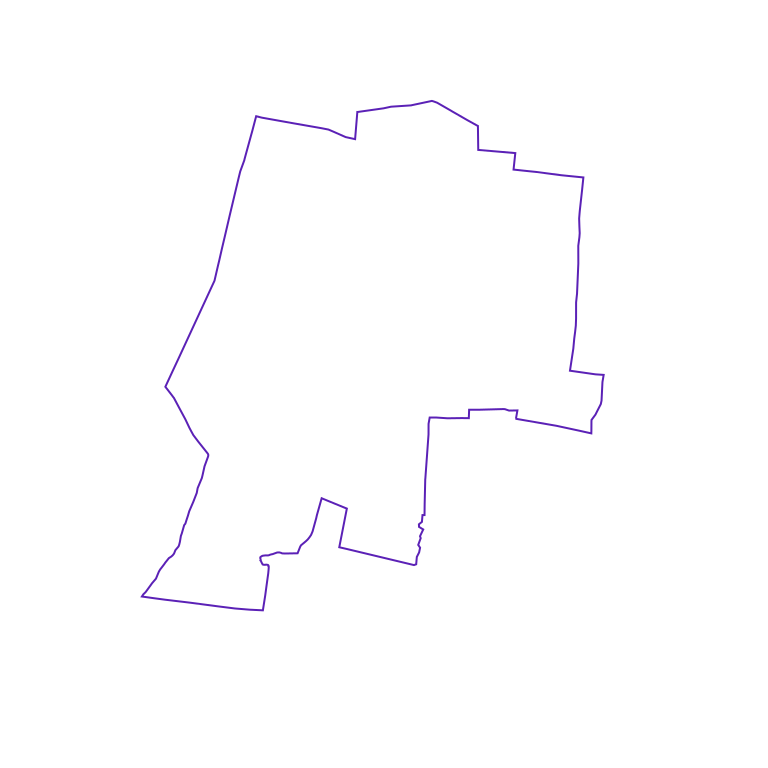 outline of Smulti, Galati, Romania, rotated 20°
{"feature_id": "2599482B3496454590613", "entity_name": "Smulti", "entity_type": "district", "adm_level": 2, "iso_a3": "ROU", "parent_name": "Romania", "parent_adm1": "Galati", "projection": "mercator", "projection_center": [27.744, 45.908], "detail": "fine", "context": "isolated", "style": "outline", "palette": "violet", "viewbox_px": 768, "rotation_deg": 20, "n_neighbors": 0, "source": "geoboundaries", "source_scale": "gbopen_adm2", "svg_char_len": 3009}
<svg xmlns="http://www.w3.org/2000/svg" viewBox="0 0 768 768"><g transform="rotate(20 384 384)"><path d="M229.2,666.5L240.5,664.1L251.9,661.6L276.2,655.9L304.6,649.6L320.8,645.9L335.0,642.0L347.6,638.1L344.7,623.3L342.9,615.1L340.0,601.6L338.9,597.4L338.2,595.1L337.6,594.7L337.6,594.2L337.2,593.9L336.8,593.7L335.7,593.9L334.9,594.1L334.1,594.6L333.5,594.8L332.9,595.0L332.3,595.0L331.7,595.1L329.8,593.4L329.3,592.8L329.0,592.5L328.6,592.3L328.3,592.1L328.4,591.9L328.4,591.7L328.2,591.3L327.2,589.8L327.1,589.3L327.1,588.9L327.9,587.7L328.7,586.9L330.8,585.8L331.6,585.5L333.0,585.0L333.7,584.7L334.5,584.2L335.3,583.4L336.9,582.3L337.5,582.0L338.3,581.3L341.2,578.9L343.1,578.1L344.8,577.9L346.2,578.0L348.8,577.2L360.0,572.9L360.7,572.6L360.9,565.4L361.2,563.9L364.3,558.6L365.5,556.2L366.4,553.5L367.1,550.8L367.3,546.9L366.2,533.3L365.8,530.2L364.5,512.7L391.7,513.8L397.8,552.7L405.9,551.7L474.1,543.9L475.9,542.4L474.0,535.3L474.6,530.2L473.9,525.5L471.2,523.5L471.2,516.3L469.9,514.7L470.6,507.3L465.8,506.3L464.8,503.9L466.8,500.6L465.0,494.0L466.6,493.4L466.9,493.3L463.3,483.0L455.4,459.6L455.1,458.4L443.1,416.2L439.5,406.2L438.4,399.9L444.7,397.6L455.4,394.5L468.8,389.4L475.4,387.1L472.8,379.1L481.3,376.0L504.3,366.9L505.5,366.5L506.1,366.3L510.6,366.2L518.4,363.2L519.7,370.6L520.2,371.2L520.3,371.5L560.3,364.3L583.5,361.1L595.7,359.5L594.9,357.1L591.8,348.4L591.3,346.8L593.2,340.4L593.4,338.5L593.7,336.0L594.6,328.7L594.1,325.2L588.6,307.4L587.3,300.3L579.4,302.6L554.2,307.9L549.8,286.0L547.2,276.1L545.8,269.8L544.3,263.6L542.1,256.8L536.6,241.6L534.5,233.1L525.4,204.3L519.3,187.7L517.4,179.2L516.3,175.3L513.8,169.3L510.8,161.8L509.8,158.2L508.8,154.5L503.7,133.6L500.7,121.7L487.4,125.1L479.1,127.2L454.4,132.7L447.7,134.4L442.1,135.8L432.4,138.2L428.4,122.1L392.5,131.8L384.0,109.4L383.1,109.3L375.6,108.1L372.4,107.6L359.3,105.3L354.6,104.5L354.3,104.4L337.7,101.5L334.1,101.5L332.2,101.6L314.6,112.6L314.2,112.9L295.8,121.0L289.3,125.1L266.2,137.4L265.9,137.5L273.1,163.8L263.5,165.1L250.2,164.2L244.8,163.9L237.8,165.0L208.0,170.3L178.1,175.5L172.3,176.1L172.5,178.5L173.7,191.5L173.9,194.1L175.7,216.4L176.0,220.0L176.2,221.6L176.2,224.2L176.2,229.2L176.2,231.2L176.2,233.4L176.9,239.9L181.3,277.9L183.8,298.6L185.3,311.4L186.9,324.1L187.5,329.4L189.4,344.9L182.2,430.3L180.9,444.9L179.5,461.4L187.4,466.4L188.2,466.9L190.6,468.5L191.3,468.9L200.2,476.9L209.4,485.1L216.1,491.7L219.2,494.5L222.4,497.3L229.2,501.7L242.4,509.8L243.2,510.8L243.5,512.2L243.5,512.7L243.5,522.7L244.7,531.9L245.0,534.7L244.5,545.6L245.3,550.4L245.1,560.0L244.5,570.2L244.8,574.8L244.9,578.5L245.1,583.2L244.5,585.0L245.1,593.6L245.1,596.2L246.2,602.2L246.5,605.0L246.5,606.9L244.8,611.5L244.7,615.2L244.0,617.3L243.5,618.2L243.0,619.1L241.4,621.2L240.2,624.8L239.6,626.5L239.1,628.5L238.2,631.4L237.7,633.0L237.1,634.8L236.7,636.9L236.6,637.7L236.3,644.9L234.2,650.5L232.7,655.8L231.2,661.0L230.5,662.5L229.8,663.9L229.5,665.2L229.2,666.5Z" fill="none" stroke="#5b21b6" stroke-width="2"/></g></svg>